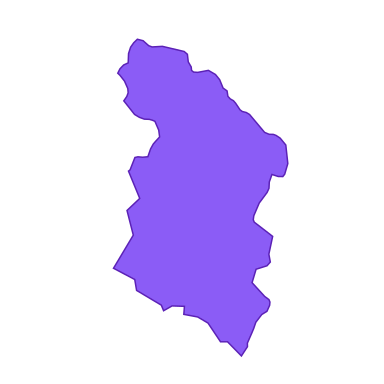 outline of Hrazdan, Kotayk, Armenia, rotated 31°
{"feature_id": "60910142B58018566981737", "entity_name": "Hrazdan", "entity_type": "district", "adm_level": 2, "iso_a3": "ARM", "parent_name": "Armenia", "parent_adm1": "Kotayk", "projection": "orthographic", "projection_center": [44.645, 40.538], "detail": "fine", "context": "isolated", "style": "filled", "palette": "violet", "viewbox_px": 384, "rotation_deg": 31, "n_neighbors": 0, "source": "geoboundaries", "source_scale": "gbopen_adm2", "svg_char_len": 1441}
<svg xmlns="http://www.w3.org/2000/svg" viewBox="0 0 384 384"><g transform="rotate(31 192 192)"><path d="M66.5,89.2L65.2,94.1L64.8,99.5L66.3,106.0L70.8,114.2L68.0,118.3L67.3,121.3L66.8,123.6L67.1,127.3L67.2,128.4L69.9,129.0L77.0,131.7L83.7,136.4L86.2,139.9L86.9,143.7L86.6,149.0L102.8,155.1L108.4,155.1L113.6,154.1L118.0,151.7L121.0,150.9L123.8,150.5L131.6,156.1L135.9,161.5L134.7,167.3L134.1,170.8L134.3,176.4L136.0,184.5L131.8,187.6L127.5,189.7L125.3,191.8L127.5,204.8L127.3,205.6L126.8,206.8L150.5,224.4L145.8,241.3L163.9,259.2L164.0,297.8L188.0,296.5L195.2,304.9L224.0,304.8L228.8,308.4L233.6,299.9L244.4,293.9L248.0,301.1L261.2,296.2L273.2,296.1L293.6,305.7L299.6,302.1L318.8,307.1L319.2,296.0L317.3,293.0L315.9,282.1L315.2,277.3L313.8,270.8L314.9,261.1L317.7,255.6L316.9,249.1L315.5,246.2L313.4,244.6L308.1,244.1L290.2,238.8L286.7,225.2L294.3,216.6L295.2,211.7L289.9,205.7L284.0,188.5L260.9,185.8L258.8,184.2L257.2,180.5L255.3,166.8L256.6,153.8L256.1,149.2L253.1,143.6L251.5,135.8L257.9,134.3L261.9,132.0L262.3,129.0L259.5,118.3L248.2,103.4L239.8,100.4L234.9,100.2L232.1,100.7L228.4,102.8L223.5,103.5L201.4,95.9L197.6,95.9L193.6,97.1L190.8,96.8L183.6,93.4L180.5,92.4L176.8,92.5L173.5,91.5L170.0,87.3L165.1,86.9L157.9,81.5L151.6,79.2L143.4,79.3L135.3,86.5L131.6,88.4L129.0,88.0L126.9,85.2L121.8,82.4L117.1,76.3L112.9,75.6L91.6,82.4L83.1,88.2L79.5,88.9L72.2,87.5L66.5,89.2Z" fill="#8b5cf6" stroke="#5b21b6" stroke-width="1.5"/></g></svg>